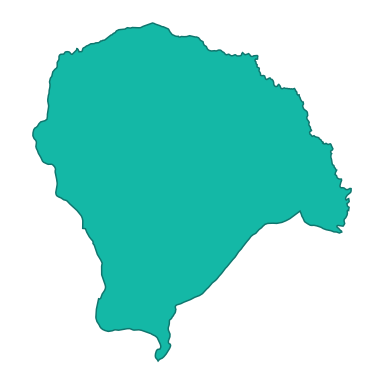 outline of District Autonome De Yamoussoukro, Lacs, Ivory Coast
{"feature_id": "98640826B30232425959699", "entity_name": "District Autonome De Yamoussoukro", "entity_type": "district", "adm_level": 2, "iso_a3": "CIV", "parent_name": "Ivory Coast", "parent_adm1": "Lacs", "projection": "natural_earth1", "projection_center": [-5.252, 6.815], "detail": "fine", "context": "isolated", "style": "filled", "palette": "teal", "viewbox_px": 384, "rotation_deg": 0, "n_neighbors": 0, "source": "geoboundaries", "source_scale": "gbopen_adm2", "svg_char_len": 5831}
<svg xmlns="http://www.w3.org/2000/svg" viewBox="0 0 384 384"><path d="M339.4,233.0L341.8,232.0L341.5,231.1L340.0,230.0L338.6,228.3L337.7,227.7L336.9,226.8L337.0,225.9L337.9,225.4L342.6,226.1L343.3,226.0L344.7,223.6L344.0,220.9L344.3,219.2L345.7,217.8L347.0,215.2L347.4,213.5L347.2,211.0L347.8,210.3L348.6,210.6L349.1,207.3L347.6,206.4L346.9,203.7L348.6,202.3L349.2,201.4L348.7,198.6L347.6,199.1L346.3,200.1L345.6,199.3L345.7,197.6L347.2,195.2L350.5,192.5L350.9,191.7L351.1,190.7L351.1,188.6L350.0,188.4L347.8,189.6L345.9,189.5L344.3,188.1L342.8,187.7L341.1,187.8L340.2,187.0L339.9,185.9L340.8,182.4L341.6,180.4L341.4,179.1L339.1,179.0L337.5,178.1L337.1,177.6L336.5,175.6L335.1,174.5L335.5,172.4L336.7,170.1L336.0,169.8L335.2,168.2L334.2,167.2L334.1,166.1L333.7,165.4L332.6,164.7L332.2,163.8L331.5,159.4L330.8,157.0L331.1,154.2L331.7,153.7L330.7,152.4L330.7,151.2L332.5,149.8L332.9,148.8L331.6,146.1L330.9,144.3L330.2,143.8L328.1,144.5L327.0,144.0L326.5,143.5L325.8,143.4L324.9,144.0L323.3,143.6L322.7,143.1L323.2,142.3L321.7,141.3L320.9,139.8L319.4,138.9L319.0,138.0L318.2,137.5L315.3,136.8L314.0,135.7L312.2,136.4L310.8,134.7L309.9,134.0L309.6,132.3L310.0,131.5L311.5,130.6L311.3,129.9L310.7,129.4L310.3,127.0L309.7,126.4L308.9,124.9L308.8,123.6L309.2,122.7L308.9,121.7L307.2,119.4L306.9,118.5L306.8,117.4L307.0,116.7L307.7,115.6L307.4,112.7L307.0,111.7L306.2,110.9L304.0,109.3L303.1,107.6L302.6,105.8L303.5,104.0L303.2,102.1L302.8,102.2L301.9,101.5L300.7,99.7L300.1,97.8L299.3,96.3L299.1,94.8L297.8,95.0L297.0,94.0L296.9,92.6L296.5,91.5L295.6,90.9L295.5,90.2L294.5,88.5L292.6,89.1L291.7,88.8L290.8,89.1L289.8,88.7L288.1,88.7L287.2,88.4L285.4,88.4L284.2,87.9L282.4,88.7L281.3,88.5L280.8,87.9L280.1,86.0L278.8,84.4L278.0,85.0L277.3,86.2L276.1,86.6L275.4,86.4L274.7,86.0L273.8,84.6L273.6,82.2L273.1,80.8L272.1,79.5L271.4,79.5L270.8,79.0L270.3,78.1L269.4,78.0L266.9,79.5L266.3,79.4L265.8,79.0L265.3,78.1L264.6,76.0L263.4,75.5L261.9,75.7L260.6,75.3L260.4,73.2L259.0,70.8L259.3,68.7L259.0,67.9L257.3,67.2L257.0,66.3L257.1,64.6L256.5,64.2L256.1,63.6L255.9,61.8L255.2,61.2L255.0,60.0L255.7,59.0L257.0,59.3L257.6,58.9L257.5,58.1L257.8,56.1L257.1,55.5L253.7,55.8L252.8,56.4L251.5,56.4L250.9,56.2L249.3,54.2L248.4,53.6L247.5,54.1L245.3,54.7L244.6,54.5L242.6,52.6L241.9,53.4L241.5,54.7L240.9,55.6L239.7,55.9L237.7,56.0L236.8,55.8L235.5,54.8L234.8,54.8L232.7,55.7L231.4,55.8L230.7,55.5L228.8,54.2L226.2,54.8L225.1,54.0L223.9,52.5L222.2,51.6L221.1,50.5L220.1,50.1L218.6,50.1L216.2,51.0L214.6,50.7L211.3,51.0L209.2,50.4L208.4,50.0L207.3,48.8L206.4,46.7L205.9,46.2L204.7,45.6L204.1,45.0L203.5,43.8L203.0,41.7L200.6,40.4L198.6,37.8L196.6,37.0L195.3,37.0L189.6,35.7L186.6,36.6L184.1,36.7L181.3,36.5L180.0,37.1L179.0,37.0L178.2,36.2L177.6,36.4L175.7,36.2L172.1,34.5L169.9,31.7L168.7,29.4L168.2,28.9L163.4,26.8L161.9,26.6L159.8,25.6L155.6,24.2L154.0,23.4L152.5,23.0L143.0,26.4L140.7,27.6L139.2,27.8L132.4,27.5L130.3,28.1L127.3,27.7L124.9,29.1L118.9,29.7L116.4,30.9L115.2,32.6L113.3,33.5L112.0,34.8L110.9,35.1L104.5,40.2L103.0,40.3L101.5,41.0L100.7,41.0L99.5,42.2L98.4,42.7L95.7,42.9L94.1,43.6L90.8,43.8L87.9,45.5L86.4,46.0L85.4,46.9L83.2,48.1L82.6,49.2L82.4,50.6L81.6,51.6L79.0,51.8L78.6,50.5L78.0,49.5L77.4,48.7L76.8,48.6L76.5,50.1L72.2,54.3L71.3,54.2L69.4,52.1L68.0,51.7L66.7,51.7L65.3,52.0L63.7,54.1L60.7,54.3L59.6,55.1L59.0,56.4L59.0,59.4L57.2,62.5L57.2,66.7L56.5,68.1L54.8,69.4L52.8,71.9L51.8,76.3L50.4,78.2L49.5,81.9L50.0,84.4L49.9,87.0L49.2,90.3L49.0,93.5L48.4,95.3L47.8,99.4L47.8,101.2L48.6,105.4L48.6,106.8L47.4,114.4L47.4,116.3L47.0,119.2L45.0,120.7L40.7,121.9L38.9,123.8L37.5,126.2L36.3,127.3L34.7,128.2L33.7,129.9L33.0,132.9L32.9,135.8L34.1,138.6L35.6,140.2L36.3,141.6L36.4,142.9L35.9,146.6L36.4,148.5L37.4,150.4L38.4,153.3L40.8,157.4L42.5,161.1L43.7,162.3L47.3,164.0L48.3,164.3L51.5,164.2L52.2,164.5L53.3,165.3L54.8,167.1L55.4,168.6L55.5,169.5L55.2,170.7L55.2,172.3L56.6,179.0L57.2,183.1L57.1,185.0L55.8,192.4L56.0,194.1L56.4,195.1L56.9,195.8L58.6,196.9L61.2,198.0L63.6,199.7L66.1,200.4L67.1,201.0L69.8,203.9L77.0,210.5L81.2,215.7L82.2,217.9L82.8,220.6L82.7,228.4L85.4,228.7L86.8,232.3L89.3,236.8L91.4,239.5L92.7,240.9L93.1,242.0L93.0,243.5L94.3,245.3L97.4,254.5L100.7,259.9L102.2,263.1L101.6,266.2L101.7,274.8L105.1,284.7L105.5,286.5L105.5,287.6L105.3,288.7L104.7,290.3L102.2,294.0L100.7,298.2L99.4,299.1L98.6,298.8L96.4,309.2L95.9,317.1L96.0,318.3L97.0,321.6L99.1,324.8L99.9,326.5L100.7,327.8L102.6,329.4L105.0,330.5L108.3,331.4L112.2,330.8L114.9,329.8L118.7,330.2L127.1,328.7L129.8,328.6L133.0,329.9L134.0,330.1L138.9,329.8L141.5,330.3L151.1,333.7L151.9,334.3L155.3,336.0L157.2,337.6L160.3,344.2L160.8,346.2L160.7,347.4L159.9,349.1L157.7,349.4L156.9,350.1L156.3,351.1L155.5,353.8L155.3,355.9L155.5,357.2L155.9,358.0L157.3,359.6L158.1,361.0L159.5,359.4L162.3,358.1L163.9,356.7L166.1,354.1L169.5,348.6L170.4,346.5L170.6,345.3L170.2,344.2L169.3,343.8L168.6,343.0L168.4,342.2L168.5,340.6L169.9,336.8L170.0,334.1L168.4,330.2L168.2,328.6L168.4,327.1L169.0,325.3L169.3,323.7L169.4,320.8L169.7,319.9L171.4,318.6L172.4,316.7L173.4,315.7L173.8,314.6L175.0,313.0L175.5,311.7L175.5,310.5L175.9,309.8L175.2,306.9L175.8,305.6L176.7,304.9L180.8,303.7L183.8,302.2L190.6,299.5L194.7,297.3L199.5,295.5L202.5,293.6L206.8,288.9L208.4,287.5L212.3,282.9L215.6,280.3L217.3,278.5L218.8,276.5L221.5,273.5L225.5,268.2L226.9,266.8L232.6,259.8L235.1,257.1L238.7,251.7L241.4,248.8L242.7,246.9L247.1,241.3L249.1,239.0L251.0,236.4L253.1,234.7L255.8,233.3L259.0,229.6L261.7,227.6L262.6,226.4L263.3,225.9L264.9,224.4L267.7,223.4L272.9,223.2L276.7,223.4L281.9,222.4L286.0,220.7L289.8,218.7L300.0,211.1L301.2,213.9L301.9,216.2L303.0,218.1L304.4,221.3L305.0,222.0L307.7,223.8L310.2,225.2L311.5,225.4L314.0,225.3L316.9,225.9L321.1,227.3L323.2,228.6L326.2,229.7L331.0,230.7L334.0,231.9L336.5,232.0L339.4,233.0Z" fill="#14b8a6" stroke="#0f766e" stroke-width="1.5"/></svg>